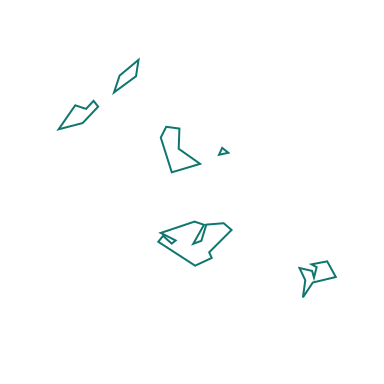 Voreio Aigaio, Robinson projection, rotated 155°
{"feature_id": "GRC-2988", "entity_name": "Voreio Aigaio", "entity_type": "Region", "adm_level": 1, "iso_a3": "GRC", "parent_name": "Greece", "parent_adm1": "", "projection": "robinson", "projection_center": [25.95, 38.775], "detail": "coarse", "context": "isolated", "style": "outline", "palette": "teal", "viewbox_px": 384, "rotation_deg": 155, "n_neighbors": 0, "source": "natural_earth", "source_scale": "10m", "svg_char_len": 758}
<svg xmlns="http://www.w3.org/2000/svg" viewBox="0 0 384 384"><g transform="rotate(155 192 192)"><path d="M243.6,161.1L236.8,164.5L232.2,153.8L227.3,155.0L237.6,168.1L202.2,164.1L195.0,157.2L212.8,144.5L204.2,143.8L192.8,156.4L176.5,150.3L172.2,140.9L201.9,130.1L202.0,123.9L220.3,123.9L243.6,161.1ZM202.0,218.4L197.3,254.5L187.8,262.0L176.6,254.8L185.8,236.8L172.8,214.1L202.0,218.4ZM136.0,49.6L126.6,64.2L126.7,77.7L116.5,69.7L117.6,62.9L110.8,71.2L114.2,75.9L98.8,72.0L97.6,54.2L120.8,58.9L136.0,49.6ZM286.4,305.2L261.2,319.9L252.9,312.1L242.7,316.2L241.0,309.0L262.0,300.7L286.4,305.2ZM220.6,315.2L208.4,328.1L184.6,334.4L193.8,320.6L220.6,315.2ZM142.5,212.2L151.8,214.3L146.0,219.2L142.5,212.2Z" fill="none" stroke="#0f766e" stroke-width="2"/></g></svg>